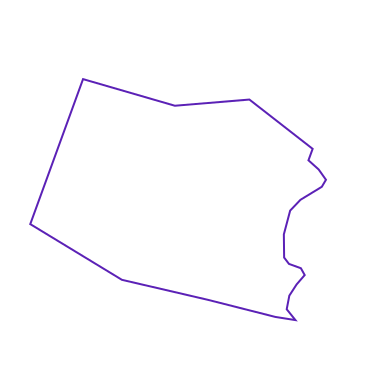 the district of Morne Rouge/Marc, Castries, Saint Lucia, rotated 110°
{"feature_id": "8701671B11332589204327", "entity_name": "Morne Rouge/Marc", "entity_type": "district", "adm_level": 2, "iso_a3": "LCA", "parent_name": "Saint Lucia", "parent_adm1": "Castries", "projection": "orthographic", "projection_center": [-60.97, 13.959], "detail": "fine", "context": "isolated", "style": "outline", "palette": "violet", "viewbox_px": 384, "rotation_deg": 110, "n_neighbors": 0, "source": "geoboundaries", "source_scale": "gbopen_adm2", "svg_char_len": 436}
<svg xmlns="http://www.w3.org/2000/svg" viewBox="0 0 384 384"><g transform="rotate(110 192 192)"><path d="M277.5,333.0L298.5,227.8L287.9,140.3L280.9,71.0L277.0,51.0L269.8,62.9L256.1,65.1L243.1,62.1L231.5,57.7L226.4,63.6L226.4,76.3L222.1,83.0L200.4,91.2L175.9,93.4L162.2,87.4L142.7,71.8L134.7,70.3L127.5,80.7L122.4,93.4L110.2,93.4L85.5,169.7L116.8,237.6L123.2,333.0L277.5,333.0Z" fill="none" stroke="#5b21b6" stroke-width="2"/></g></svg>